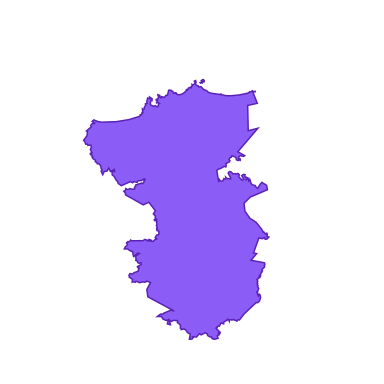 Zihuatanejo de Azueta, Guerrero, Mexico (Albers equal-area conic projection), rotated 130°
{"feature_id": "50627088B68116165686784", "entity_name": "Zihuatanejo de Azueta", "entity_type": "district", "adm_level": 2, "iso_a3": "MEX", "parent_name": "Mexico", "parent_adm1": "Guerrero", "projection": "albers", "projection_center": [-101.453, 17.808], "detail": "fine", "context": "isolated", "style": "filled", "palette": "violet", "viewbox_px": 384, "rotation_deg": 130, "n_neighbors": 0, "source": "geoboundaries", "source_scale": "gbopen_adm2", "svg_char_len": 6061}
<svg xmlns="http://www.w3.org/2000/svg" viewBox="0 0 384 384"><g transform="rotate(130 192 192)"><path d="M309.7,138.5L307.0,135.4L308.0,132.4L307.0,129.2L305.2,128.0L308.9,126.1L307.6,123.2L304.6,127.1L304.5,124.6L302.3,123.7L299.8,120.4L301.4,119.4L301.3,116.1L302.0,114.7L303.8,113.5L303.7,112.3L304.3,111.8L302.2,110.3L301.7,108.4L302.6,104.7L302.0,101.9L306.5,99.4L304.7,97.5L302.9,97.5L302.6,98.5L300.1,95.3L295.7,95.3L295.6,93.2L291.2,91.3L290.9,89.3L291.9,87.7L291.5,85.1L290.7,84.0L290.8,82.6L291.4,82.4L290.3,80.0L287.4,78.0L285.8,80.2L283.9,79.4L283.1,80.1L283.2,81.1L282.5,80.9L282.2,79.8L281.3,80.3L281.6,80.9L281.0,83.0L281.5,84.1L280.6,85.4L279.6,85.6L280.2,86.1L277.6,85.8L277.2,84.8L273.6,85.6L272.7,83.0L270.9,84.1L269.3,83.3L268.2,83.4L267.9,82.6L266.4,82.9L266.2,81.9L267.1,80.3L265.9,80.9L264.8,80.3L264.5,79.1L263.2,78.4L262.9,77.1L262.4,76.9L262.1,74.6L260.2,74.7L259.6,73.4L252.0,73.7L235.7,71.8L234.6,70.6L232.2,70.2L228.6,71.7L227.1,73.7L227.1,74.9L228.9,74.4L227.6,76.8L226.2,77.6L227.1,77.6L227.0,78.1L225.4,78.0L222.9,79.0L222.2,81.1L221.2,81.3L220.6,83.0L219.7,83.0L219.0,84.2L218.0,84.3L217.2,86.0L215.7,85.5L215.2,85.9L214.1,85.0L213.4,85.2L213.8,85.8L213.2,86.5L212.4,86.7L211.9,85.8L210.4,86.9L208.6,86.9L208.2,87.5L207.1,87.3L206.4,88.6L202.8,88.2L201.3,89.6L200.4,89.7L199.7,91.1L206.4,102.9L197.6,102.9L199.2,105.7L184.2,111.2L182.5,108.0L180.5,107.5L181.1,106.2L180.9,105.1L179.6,104.3L177.1,104.2L177.9,105.9L176.0,107.1L175.5,108.3L177.0,108.8L176.4,111.4L177.1,111.7L175.9,114.1L174.0,123.4L174.9,130.7L172.6,139.2L167.2,144.9L158.5,144.1L141.8,135.7L138.9,139.1L139.7,144.6L142.2,144.8L147.1,144.0L147.0,146.4L146.4,147.7L147.5,150.0L147.5,152.3L145.3,155.5L147.0,155.7L145.1,157.3L148.8,158.7L145.4,157.9L145.6,159.7L146.5,160.3L145.6,162.1L144.6,162.5L145.4,163.9L147.5,164.5L149.1,160.5L150.7,161.2L150.3,165.9L148.3,167.0L148.2,168.2L148.5,169.1L149.4,169.3L150.2,170.8L151.7,171.9L151.5,175.2L152.3,176.5L154.3,176.5L156.1,171.9L157.3,170.8L159.1,174.2L159.0,175.6L159.9,174.4L161.0,174.8L161.1,176.2L163.7,175.6L165.0,176.6L165.3,177.7L164.7,179.5L165.2,179.8L167.3,177.8L159.6,186.8L157.8,186.6L155.6,185.2L151.7,183.8L151.1,182.2L149.7,182.8L148.5,184.3L144.9,182.7L143.5,183.2L143.5,184.4L141.7,185.0L140.0,184.2L138.5,184.7L137.2,180.7L138.8,178.7L138.2,176.8L137.1,176.8L136.9,175.4L136.4,175.5L135.6,176.6L136.3,178.0L134.5,178.8L133.1,178.3L131.6,175.4L130.3,175.0L131.7,182.8L100.8,182.5L108.9,188.3L89.9,205.0L82.1,199.0L76.0,210.2L75.1,208.5L74.6,208.0L74.3,208.3L75.5,209.5L75.7,210.9L77.8,211.3L78.2,212.4L79.5,212.3L81.6,213.7L87.4,218.3L93.1,223.9L96.1,227.5L98.7,232.2L98.3,232.8L99.4,233.4L104.1,241.0L105.1,243.3L104.9,245.7L106.0,249.1L105.5,252.8L107.2,254.5L106.7,255.3L107.4,257.4L107.0,258.9L105.4,259.3L104.3,260.9L105.6,261.5L105.9,260.1L107.4,259.6L109.3,260.0L109.6,261.1L110.2,260.2L111.1,260.4L112.5,259.6L113.0,260.0L112.6,260.5L114.9,261.6L115.6,260.9L117.1,262.0L117.7,260.7L117.5,262.1L117.9,261.5L120.9,261.8L123.9,262.8L126.0,264.6L126.9,266.7L126.3,267.8L126.8,268.8L127.4,268.5L127.9,269.1L128.1,270.1L127.2,271.4L127.8,272.6L127.5,273.5L128.4,274.1L128.5,275.0L129.1,275.3L133.5,273.0L134.8,274.1L137.4,274.0L138.4,276.5L139.8,276.2L139.6,277.8L138.7,278.8L139.4,280.7L140.2,279.9L140.2,278.1L141.5,278.5L143.2,277.8L143.7,278.8L144.4,278.8L144.8,278.1L144.3,277.2L145.6,276.5L146.2,276.8L146.5,276.4L145.6,276.0L145.1,274.1L145.7,274.4L147.7,273.2L149.1,273.4L149.5,275.6L150.9,276.4L151.8,279.3L151.7,280.3L148.8,282.1L148.0,282.2L147.7,281.4L146.2,282.4L146.5,285.5L147.7,284.3L148.5,286.4L151.9,284.7L152.9,283.2L154.3,284.4L155.7,283.2L158.1,282.9L158.8,282.0L160.1,282.3L160.2,283.4L162.8,280.7L163.2,281.4L165.0,280.4L166.2,281.3L166.8,280.7L168.2,281.1L176.9,286.7L186.9,295.3L196.6,306.1L198.5,309.4L199.9,313.6L202.2,313.8L201.8,310.8L202.2,310.7L203.3,312.1L204.5,312.5L206.2,312.3L206.8,311.1L213.2,312.1L213.1,310.8L216.3,308.6L222.1,308.3L222.2,306.9L223.7,304.1L222.5,302.8L223.2,301.7L221.1,299.7L222.7,297.5L224.0,297.6L224.9,297.0L226.1,293.9L227.7,294.7L228.3,294.4L228.5,293.6L227.9,293.6L227.9,293.1L228.5,291.5L229.4,291.2L229.7,290.6L229.3,290.2L230.1,289.2L229.7,286.5L230.9,285.6L230.7,283.2L231.3,282.7L230.1,281.0L230.8,278.6L232.3,276.8L232.9,275.0L233.7,274.7L234.4,275.1L236.1,271.5L232.7,272.4L230.5,270.5L227.2,271.2L228.7,267.6L224.7,266.1L226.1,264.4L227.6,266.6L230.2,264.1L230.1,261.8L231.7,257.6L231.8,255.8L232.9,254.0L232.6,250.2L223.8,245.9L223.1,243.5L221.2,243.0L219.8,240.1L218.1,240.6L215.6,237.9L212.8,237.3L212.3,236.5L213.5,235.6L214.3,236.0L215.6,235.1L217.5,235.4L217.6,236.4L222.9,239.7L224.1,238.8L225.3,239.1L226.7,237.8L228.7,240.1L229.2,241.7L230.0,241.7L231.8,243.5L231.9,244.9L233.9,244.0L235.2,244.8L235.8,242.2L236.9,241.0L233.2,221.1L227.6,218.5L229.9,208.0L233.7,207.5L233.9,204.7L235.6,203.5L235.7,201.7L237.4,203.1L238.0,202.3L236.8,201.0L237.1,199.8L237.8,199.9L239.8,197.7L240.5,197.8L241.6,195.8L242.5,195.8L242.7,194.8L243.3,195.0L244.1,194.0L243.2,192.3L245.6,190.3L246.5,190.2L247.7,191.5L250.6,190.9L250.6,188.9L251.8,189.7L255.0,190.1L256.3,192.5L255.2,192.3L255.9,194.4L257.0,193.8L257.2,194.5L258.1,194.8L257.6,195.2L258.6,197.6L260.8,198.3L268.2,206.9L268.2,208.1L269.4,208.0L270.9,208.4L271.2,209.2L273.7,209.6L273.0,209.1L274.0,207.4L277.0,207.8L279.1,207.3L277.0,204.6L276.8,201.4L275.8,199.4L278.9,195.4L273.6,194.2L272.9,192.8L277.8,194.0L279.1,191.9L280.5,191.1L279.9,190.4L281.0,188.0L280.6,186.7L279.0,185.6L280.2,184.4L284.3,185.9L284.8,185.0L283.8,184.2L287.3,182.3L291.0,184.5L293.1,184.9L294.4,187.1L296.5,186.7L296.9,185.5L297.6,185.3L297.2,181.5L299.5,179.9L298.5,179.3L297.7,177.5L296.3,177.5L295.2,173.9L292.6,172.0L291.2,169.9L289.3,169.3L288.0,165.6L295.8,163.9L300.7,158.4L294.6,129.1L296.1,132.2L303.1,135.8L304.3,135.9L305.7,137.6L309.7,138.5ZM100.9,254.6L99.7,253.5L99.1,254.0L99.3,254.6L98.7,254.8L98.5,255.4L99.3,256.2L100.9,256.4L100.8,255.4L101.5,254.8L103.0,256.1L103.2,255.5L102.2,255.0L101.8,254.1L100.9,254.6Z" fill="#8b5cf6" stroke="#5b21b6" stroke-width="1.5"/></g></svg>